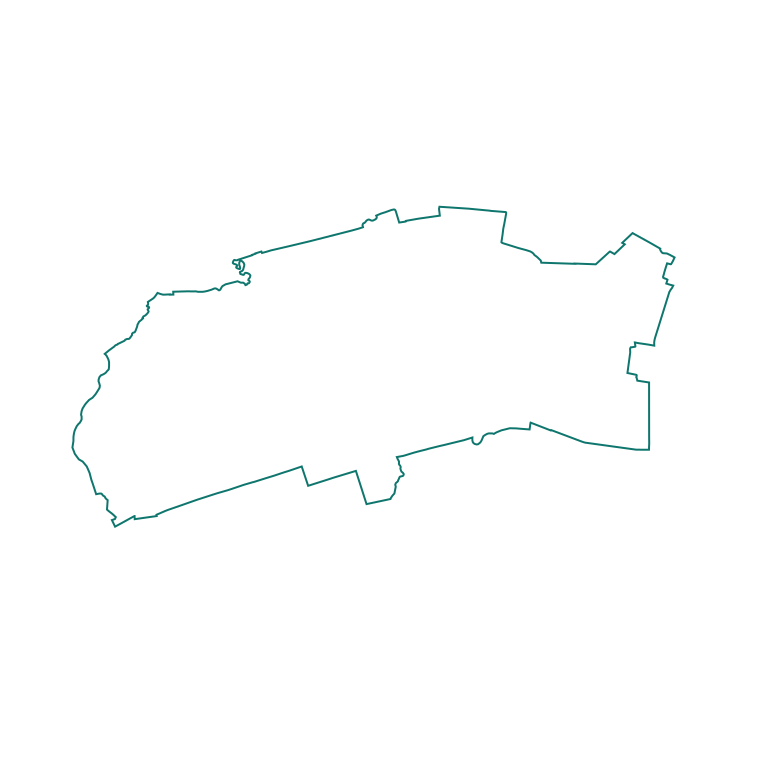 the district of Domnesti, Ilfov, Romania, rotated 22°
{"feature_id": "2599482B77352977361579", "entity_name": "Domnesti", "entity_type": "district", "adm_level": 2, "iso_a3": "ROU", "parent_name": "Romania", "parent_adm1": "Ilfov", "projection": "mercator", "projection_center": [25.905, 44.4], "detail": "fine", "context": "isolated", "style": "outline", "palette": "teal", "viewbox_px": 768, "rotation_deg": 22, "n_neighbors": 0, "source": "geoboundaries", "source_scale": "gbopen_adm2", "svg_char_len": 6165}
<svg xmlns="http://www.w3.org/2000/svg" viewBox="0 0 768 768"><g transform="rotate(22 384 384)"><path d="M615.3,184.4L611.1,184.9L608.1,185.1L607.8,181.1L607.5,181.0L606.1,180.9L604.4,181.0L604.2,180.9L603.2,180.9L602.8,180.5L602.6,180.1L602.2,176.0L602.1,175.8L601.6,170.3L601.3,166.1L604.1,165.7L604.4,165.7L604.9,165.6L605.3,165.3L605.8,162.0L606.0,157.8L600.9,157.2L597.4,157.0L594.0,158.1L593.6,158.2L592.4,158.0L590.7,156.9L589.2,155.4L589.3,155.0L577.7,153.4L557.9,151.0L552.0,163.9L554.9,164.3L549.0,177.2L543.9,176.5L543.6,176.9L535.5,193.7L515.9,200.8L516.1,201.0L484.4,212.6L483.1,210.8L478.4,208.9L475.0,208.0L473.7,207.1L471.7,206.5L469.9,206.3L465.8,206.6L457.5,207.6L441.5,208.9L440.1,208.8L439.7,208.5L439.4,207.1L437.9,200.8L436.4,195.3L435.6,190.8L433.5,180.6L433.2,179.5L432.8,179.1L432.4,179.0L417.8,183.6L417.4,183.6L396.9,189.7L369.0,198.9L369.4,201.0L372.7,207.0L354.0,217.8L343.6,224.3L343.2,224.6L343.4,225.0L342.7,225.6L337.6,228.6L330.7,220.0L329.5,218.7L329.0,218.4L328.5,218.3L327.7,218.5L325.7,219.9L320.9,224.2L317.4,227.1L314.8,229.7L313.7,230.8L314.4,231.4L314.8,232.0L314.9,232.6L314.9,233.3L314.4,234.5L313.7,235.3L312.8,236.3L312.4,236.7L312.0,236.9L311.4,237.1L310.8,237.2L309.5,237.1L308.7,237.1L308.1,237.3L307.7,237.6L306.7,238.8L306.2,240.0L306.1,240.8L305.8,241.5L305.4,242.1L304.9,242.5L304.6,243.0L304.5,243.4L304.5,244.3L304.6,244.9L305.1,245.5L305.8,246.5L302.2,249.5L297.0,253.5L261.5,279.6L244.2,291.9L229.1,302.5L225.5,305.4L221.8,308.2L220.7,307.1L215.8,311.1L216.0,311.4L213.3,313.7L213.5,314.0L204.4,321.6L202.0,323.6L202.0,323.8L201.6,324.2L200.3,324.8L198.9,325.0L198.4,325.5L198.3,326.0L198.3,327.9L198.6,328.5L199.4,328.8L202.1,328.6L203.1,328.8L203.5,329.1L203.5,329.9L203.2,330.6L203.3,331.3L203.6,331.5L204.5,331.7L205.8,331.7L207.0,331.5L207.3,331.3L207.3,330.8L206.8,329.7L204.9,327.3L204.4,325.8L204.3,324.3L204.5,323.7L205.0,323.3L206.3,323.3L208.3,324.1L209.7,325.5L210.0,326.5L210.2,327.0L210.2,327.8L210.3,328.7L210.5,330.1L210.5,331.3L210.1,332.3L208.5,334.0L208.6,334.6L209.7,335.8L210.7,335.7L211.2,335.6L211.8,335.7L212.7,335.5L213.2,335.0L213.4,333.4L214.2,332.7L215.4,332.4L216.9,332.4L217.6,332.5L218.7,332.9L219.4,333.4L219.6,334.1L219.7,334.9L219.6,336.1L219.3,337.0L219.1,337.8L219.3,338.5L219.6,338.6L221.0,339.1L221.2,339.4L221.3,340.0L221.1,340.8L220.8,341.4L220.4,341.6L219.8,341.8L219.6,342.5L219.6,343.2L219.1,343.7L218.5,344.2L217.4,343.2L215.4,342.8L213.8,343.5L213.1,343.7L209.8,343.6L199.7,351.0L198.8,352.2L197.7,353.5L197.3,354.6L197.1,355.9L197.0,357.0L196.8,357.9L196.5,358.5L196.2,358.8L195.8,359.0L193.7,358.5L192.6,358.4L191.6,358.6L190.8,359.1L188.7,361.2L186.6,362.9L185.5,363.8L183.3,365.3L181.6,366.3L176.9,368.2L174.8,368.6L172.0,369.8L167.3,371.6L164.3,372.9L154.0,377.4L155.2,380.0L152.0,381.4L151.9,381.1L146.5,383.6L145.4,384.0L142.7,384.3L139.9,384.4L139.1,387.9L138.5,389.9L137.8,391.3L137.0,392.5L134.3,396.4L134.6,396.9L134.9,397.2L135.3,398.0L135.5,399.0L134.8,400.3L134.9,400.6L135.2,400.8L135.6,400.9L136.1,400.9L137.0,400.6L137.6,401.2L137.5,402.1L137.1,402.8L136.9,403.3L137.1,403.7L138.5,404.8L138.6,405.5L138.1,407.4L137.1,409.7L136.2,410.8L135.6,411.5L135.5,412.2L136.0,413.3L135.3,413.7L135.5,414.4L135.0,415.6L134.2,416.9L133.5,418.4L133.5,419.6L133.2,421.1L133.6,423.3L133.7,428.1L133.4,429.5L132.2,430.4L131.7,431.3L131.6,431.9L132.0,433.1L131.6,434.9L130.9,437.4L130.1,438.0L128.9,438.5L127.5,439.9L127.2,441.1L122.8,446.0L122.2,446.5L122.1,447.2L120.9,448.3L120.4,448.9L119.8,450.4L116.4,455.9L113.8,460.7L114.9,461.1L116.4,461.9L119.2,464.4L120.8,466.5L122.2,469.9L122.9,472.0L123.3,473.6L122.3,476.1L121.9,477.5L121.2,478.8L120.1,480.2L118.3,482.0L117.6,484.1L117.7,486.6L118.3,488.4L119.8,490.1L121.2,492.0L121.7,494.1L120.8,499.4L120.3,501.8L118.9,505.9L116.5,509.3L116.1,510.4L115.4,512.3L114.9,513.7L114.4,515.6L113.7,519.6L113.8,522.4L114.2,524.2L114.7,526.1L115.8,527.4L116.9,530.1L116.8,531.9L116.4,534.1L115.6,535.7L114.9,538.3L114.7,541.6L114.7,543.7L115.1,546.2L115.9,549.4L117.4,553.2L118.9,559.6L123.5,564.6L129.3,568.2L133.7,568.8L136.5,570.3L139.3,571.8L144.3,576.7L148.6,582.5L151.0,585.2L158.4,594.0L161.5,592.0L163.2,591.5L165.3,592.7L167.2,593.0L168.3,594.0L169.7,594.7L171.3,595.2L174.2,604.2L176.1,604.9L181.1,606.3L185.2,607.9L185.1,610.0L182.7,612.1L188.1,617.0L202.0,600.0L202.2,599.9L203.5,602.7L222.7,591.6L222.0,590.5L228.6,583.8L230.6,581.9L241.6,572.3L248.4,566.3L254.1,561.3L266.4,551.0L270.5,547.6L278.8,541.1L281.9,538.5L286.1,534.9L291.9,529.9L299.4,524.0L299.8,523.8L309.5,515.8L316.4,510.2L323.3,504.3L328.9,499.7L338.6,491.3L351.8,506.8L367.5,493.8L372.5,489.6L390.5,475.1L412.8,501.9L433.1,488.2L433.1,486.9L433.3,486.1L433.5,485.0L434.0,483.4L434.5,482.1L434.6,481.2L434.2,479.3L433.4,474.9L432.8,474.0L432.2,473.3L432.1,472.2L432.1,471.5L433.3,469.1L433.2,468.1L433.3,466.5L433.3,465.2L433.4,464.2L433.8,463.7L435.7,462.4L436.1,461.8L436.2,461.3L436.2,460.7L436.0,460.1L435.1,459.4L433.0,458.7L431.8,457.5L430.8,456.1L430.6,454.8L430.1,454.1L428.9,453.3L428.3,453.1L427.7,452.3L427.2,450.8L426.8,450.1L424.5,448.2L423.3,446.9L427.1,444.5L428.2,443.8L429.6,442.8L430.6,442.0L437.5,436.4L442.3,432.8L447.8,428.8L449.8,427.2L458.2,421.1L462.5,418.1L472.1,411.2L479.2,406.1L486.0,400.5L487.0,403.1L488.1,404.6L489.2,405.3L490.5,405.6L492.4,405.4L493.8,404.6L495.2,402.1L495.6,400.1L495.7,395.1L496.7,393.6L498.1,391.8L499.4,390.7L501.0,390.0L503.1,389.2L504.6,389.1L504.9,388.6L506.4,386.7L510.2,383.0L517.2,377.9L523.0,375.7L528.5,374.0L536.0,371.6L534.4,365.2L534.4,364.9L556.1,364.6L556.2,364.1L588.9,363.3L590.7,363.2L592.6,363.0L594.5,362.5L635.0,352.3L642.5,350.4L644.0,349.8L654.3,345.7L652.1,339.6L650.0,334.6L648.3,330.4L629.2,283.3L617.6,286.0L615.9,283.6L615.3,283.1L615.3,282.4L615.3,282.0L615.2,281.6L614.9,281.2L614.7,281.0L614.4,281.0L605.6,282.6L600.9,264.2L600.6,262.9L600.4,262.3L599.1,259.5L598.9,258.6L599.1,257.5L600.4,256.9L602.8,255.4L603.0,255.2L603.0,254.9L601.0,251.5L601.3,251.4L603.8,251.0L614.9,248.3L620.2,247.2L619.0,244.4L618.5,242.6L618.2,241.0L618.0,239.4L614.1,191.8L614.5,189.2L614.7,188.5L615.1,186.8L615.3,184.4Z" fill="none" stroke="#0f766e" stroke-width="2"/></g></svg>